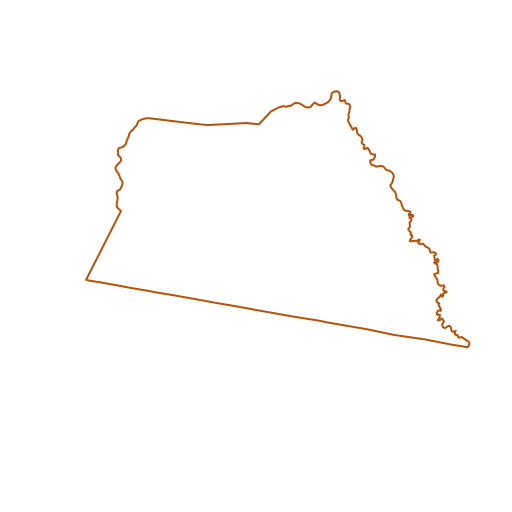 Mandera East, North-Eastern, Kenya, rotated 65°
{"feature_id": "3690345B2279611832844", "entity_name": "Mandera East", "entity_type": "district", "adm_level": 2, "iso_a3": "KEN", "parent_name": "Kenya", "parent_adm1": "North-Eastern", "projection": "albers", "projection_center": [41.581, 3.685], "detail": "fine", "context": "isolated", "style": "outline", "palette": "amber", "viewbox_px": 512, "rotation_deg": 65, "n_neighbors": 0, "source": "geoboundaries", "source_scale": "gbopen_adm2", "svg_char_len": 4560}
<svg xmlns="http://www.w3.org/2000/svg" viewBox="0 0 512 512"><g transform="rotate(65 256 256)"><path d="M205.7,419.9L207.1,418.5L215.5,406.2L224.1,394.0L232.0,383.0L240.9,370.1L248.4,359.5L257.5,346.2L264.9,335.7L274.1,322.6L282.1,311.4L289.7,300.3L296.0,291.3L299.2,286.8L308.6,273.6L316.7,262.0L325.7,249.2L331.9,240.1L334.2,236.7L341.1,226.4L346.3,219.5L366.0,191.1L370.0,185.4L385.9,164.2L388.1,160.9L393.7,152.3L397.9,145.9L403.2,137.8L417.7,118.0L419.0,116.2L428.1,102.7L427.1,101.0L425.7,99.6L423.9,99.4L422.4,100.3L420.7,101.3L419.3,101.9L418.3,102.9L417.3,103.2L416.2,104.0L415.9,106.5L415.0,106.9L413.9,106.9L412.6,107.0L412.1,108.3L410.7,108.7L409.6,108.1L408.4,107.0L407.6,110.0L406.3,110.4L404.9,110.0L403.6,109.7L401.9,109.7L400.9,110.4L400.7,112.0L401.1,114.0L401.2,115.1L400.3,116.2L398.6,116.8L396.9,116.2L395.8,114.7L394.7,113.4L393.2,113.6L392.0,113.5L391.1,114.3L391.7,116.1L391.7,117.5L391.0,118.2L390.0,116.9L389.2,115.6L387.3,114.3L386.3,115.3L385.8,116.6L384.5,116.3L383.1,115.2L382.5,113.7L383.1,112.7L383.7,111.7L382.7,111.1L381.2,111.0L379.8,111.0L378.7,111.3L377.4,111.2L376.3,110.0L375.2,111.0L374.1,111.5L372.3,111.2L371.4,109.8L370.6,106.6L369.4,105.1L370.5,104.8L371.7,104.2L370.9,103.0L369.3,102.8L369.0,101.7L369.2,100.3L369.2,98.6L368.0,99.0L367.2,100.1L366.0,100.7L364.7,99.8L363.8,98.3L362.6,98.1L361.7,98.6L361.4,100.4L360.8,101.6L359.3,102.5L357.2,102.8L355.4,102.1L354.1,101.6L352.6,101.8L350.7,102.3L349.3,102.4L347.9,102.3L347.9,100.1L348.3,98.0L346.7,97.2L345.1,97.0L341.8,95.7L339.9,95.5L338.5,96.8L337.4,97.2L337.3,95.9L338.1,95.0L338.2,93.6L337.2,92.4L335.4,92.6L335.7,94.1L336.2,95.6L334.3,95.4L332.7,94.9L331.0,94.3L330.6,92.2L328.9,92.1L327.9,93.2L327.2,94.9L326.7,96.1L325.4,96.4L324.0,96.0L322.3,96.0L321.2,96.6L319.8,97.8L318.2,98.7L317.0,98.9L315.4,99.4L315.1,100.6L314.8,101.8L313.9,103.1L312.6,103.4L311.8,102.0L310.4,100.8L309.9,101.9L310.1,103.0L310.4,104.0L309.6,105.0L309.1,106.3L308.6,107.8L308.3,109.3L307.6,110.2L306.3,109.2L304.8,106.4L303.5,105.8L302.4,106.8L301.1,106.5L300.1,105.7L298.4,106.3L296.5,106.8L295.5,106.2L295.2,105.2L294.4,103.8L292.3,103.2L290.5,102.7L289.9,100.8L288.9,99.8L287.6,99.8L286.9,100.7L285.8,100.4L286.7,98.9L286.5,96.8L285.0,96.6L284.3,98.2L283.8,100.1L282.6,99.9L282.2,98.0L281.2,97.4L279.9,98.6L278.3,101.1L276.6,102.4L274.8,102.5L272.9,102.4L271.5,102.4L270.1,102.1L268.5,101.8L266.5,102.4L265.3,103.8L263.9,104.2L262.0,103.9L260.1,103.3L256.5,102.9L254.3,103.7L253.1,104.2L251.9,104.3L250.6,104.7L248.8,104.4L247.6,102.4L246.3,100.7L242.4,97.6L240.3,97.0L238.4,97.3L236.6,98.1L235.0,99.1L234.1,100.3L233.3,101.5L231.8,101.9L230.0,102.4L228.5,103.0L227.8,103.8L226.7,105.7L226.3,107.7L225.8,109.3L224.3,110.3L223.0,111.7L222.2,112.7L220.3,112.9L218.4,112.6L217.6,111.8L218.1,110.0L218.1,108.5L216.2,106.1L214.4,105.3L213.5,106.9L212.3,108.4L209.9,108.7L207.2,108.7L205.3,109.2L205.0,112.4L203.7,112.8L202.7,111.5L201.3,110.9L199.4,112.1L198.0,112.4L196.8,111.5L195.8,110.5L194.1,110.1L191.9,110.3L189.6,111.8L187.6,112.2L185.3,111.8L183.7,111.2L182.5,111.1L181.8,112.3L182.4,113.8L182.2,115.0L179.3,115.1L176.9,115.3L174.3,115.4L172.5,115.4L171.2,114.9L169.7,113.2L167.9,112.9L166.5,112.1L164.4,110.2L163.3,109.6L162.0,108.7L160.7,107.5L159.1,107.3L157.7,107.5L156.7,108.6L155.7,110.1L153.7,109.8L152.3,109.7L152.1,111.1L152.1,112.4L151.3,113.7L149.7,114.1L148.2,113.2L146.4,112.1L142.5,111.6L140.8,113.2L140.2,115.2L140.4,118.0L141.2,119.1L142.7,120.1L144.6,121.4L146.2,123.6L147.1,126.1L147.2,129.3L147.2,131.3L146.7,133.8L145.4,135.4L143.4,136.9L141.8,138.0L142.7,141.3L143.8,143.0L144.0,143.4L144.1,144.5L143.2,145.9L142.5,147.7L140.6,149.2L138.5,150.2L135.6,152.7L133.9,155.3L133.9,156.8L134.1,158.9L134.6,161.1L133.8,162.7L133.4,165.9L132.5,167.0L131.6,168.1L131.5,170.0L131.0,171.6L131.0,174.2L131.1,176.4L131.3,181.3L137.9,197.8L131.6,208.1L116.7,244.9L113.4,250.4L113.0,250.9L112.7,251.6L103.3,266.8L87.6,292.0L85.7,295.1L84.6,298.2L83.9,302.4L84.2,305.6L85.2,307.1L86.5,308.2L87.4,309.5L88.3,311.9L89.4,313.6L90.2,316.7L91.7,319.2L94.2,321.2L97.2,324.9L97.7,324.9L99.0,326.0L100.4,328.6L100.9,331.1L100.5,333.1L100.5,335.1L102.1,336.7L104.4,337.4L106.6,338.3L109.4,337.2L112.1,337.5L113.3,339.3L115.1,344.0L116.6,346.2L119.3,346.6L121.7,346.2L123.4,345.9L125.7,345.9L127.9,346.2L130.0,345.9L132.4,345.7L133.8,346.3L135.3,347.4L137.3,349.8L138.4,351.4L138.4,353.7L139.3,355.4L142.0,356.2L143.5,356.2L145.0,356.8L146.7,358.0L149.3,359.8L151.3,360.9L153.1,361.3L155.2,360.6L158.2,359.4L205.7,419.9Z" fill="none" stroke="#b45309" stroke-width="2"/></g></svg>